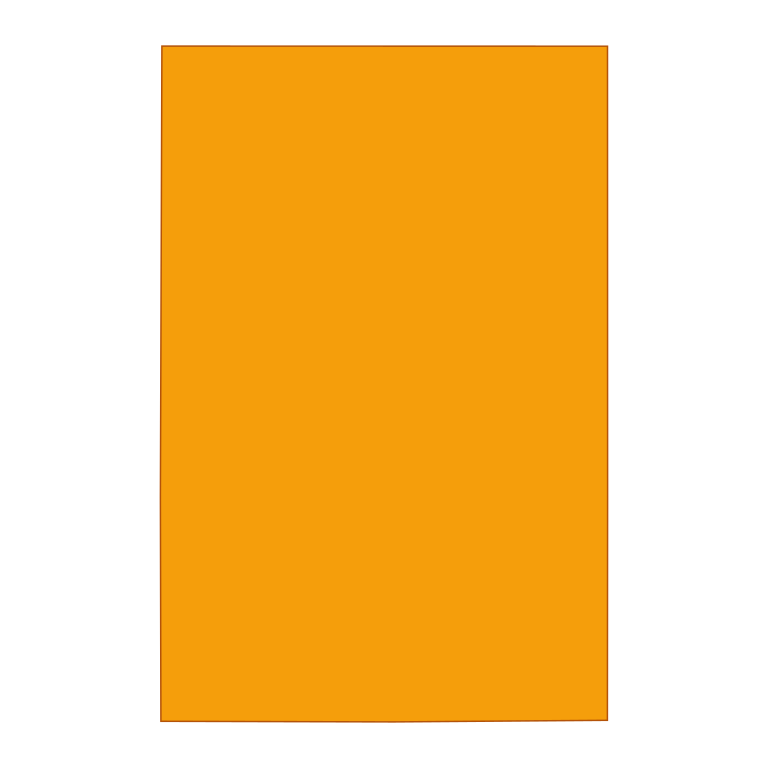 outline of Newaygo, Michigan, United States of America
{"feature_id": "52423323B33959656168293", "entity_name": "Newaygo", "entity_type": "district", "adm_level": 2, "iso_a3": "USA", "parent_name": "United States of America", "parent_adm1": "Michigan", "projection": "mercator", "projection_center": [-85.798, 43.554], "detail": "fine", "context": "isolated", "style": "filled", "palette": "amber", "viewbox_px": 768, "rotation_deg": 0, "n_neighbors": 0, "source": "geoboundaries", "source_scale": "gbopen_adm2", "svg_char_len": 226}
<svg xmlns="http://www.w3.org/2000/svg" viewBox="0 0 768 768"><path d="M393.8,721.9L607.4,720.3L607.6,496.1L607.5,46.2L161.9,46.1L160.4,497.0L160.9,721.3L393.8,721.9Z" fill="#f59e0b" stroke="#b45309" stroke-width="1.5"/></svg>